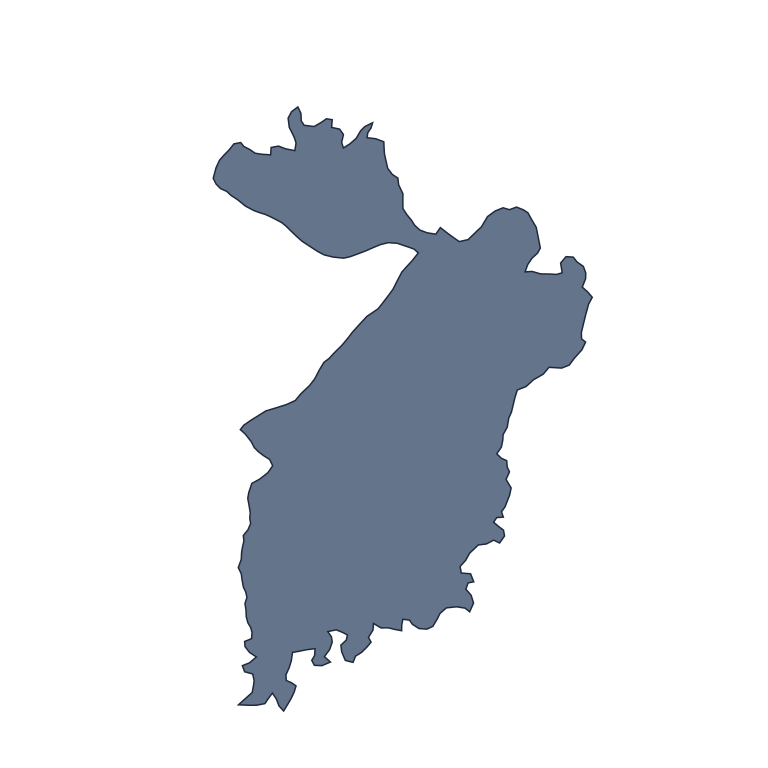 the district of Ibiaçá, Rio Grande do Sul, Brazil, rotated 255°
{"feature_id": "56859067B35594515924132", "entity_name": "Ibiaçá", "entity_type": "district", "adm_level": 2, "iso_a3": "BRA", "parent_name": "Brazil", "parent_adm1": "Rio Grande do Sul", "projection": "robinson", "projection_center": [-51.78, -28.103], "detail": "fine", "context": "isolated", "style": "filled", "palette": "slate", "viewbox_px": 768, "rotation_deg": 255, "n_neighbors": 0, "source": "geoboundaries", "source_scale": "gbopen_adm2", "svg_char_len": 4046}
<svg xmlns="http://www.w3.org/2000/svg" viewBox="0 0 768 768"><g transform="rotate(255 384 384)"><path d="M520.5,478.9L515.3,472.8L518.9,464.8L523.4,458.5L529.4,454.7L535.2,452.9L541.7,449.9L548.6,447.7L554.9,449.3L562.9,451.5L572.6,449.7L579.3,450.7L584.2,446.3L591.3,443.4L599.4,443.7L606.2,444.0L611.2,445.0L618.0,446.5L623.0,439.6L626.3,431.4L630.9,433.4L634.6,437.7L639.3,440.6L637.6,432.0L634.7,427.0L628.5,420.7L624.9,413.5L622.5,405.9L628.2,405.6L635.5,409.4L641.7,407.1L645.4,399.8L652.7,402.4L655.1,397.0L653.0,391.4L650.8,383.1L654.6,373.8L659.6,372.2L666.9,373.8L673.9,372.5L671.0,365.2L665.6,360.2L656.4,358.9L650.3,360.2L644.8,361.2L639.5,361.4L632.5,358.3L636.6,349.9L641.1,343.7L641.7,336.2L634.7,333.8L637.6,325.3L640.3,319.2L645.2,315.1L649.7,310.1L654.3,308.1L654.8,301.2L650.2,295.0L646.5,288.7L642.8,283.1L636.3,277.7L626.9,272.3L620.5,273.6L615.0,276.7L610.7,282.0L605.7,285.1L600.0,290.2L591.7,296.2L585.2,303.2L581.5,308.5L578.3,313.5L574.7,317.9L570.9,322.1L566.6,326.8L561.8,330.3L555.4,334.0L548.7,338.1L543.0,341.9L534.0,349.9L528.9,354.5L524.2,359.6L519.7,367.8L516.0,377.6L515.7,383.8L516.4,392.0L517.3,400.8L518.6,409.3L519.6,416.9L519.4,424.8L516.5,433.2L509.5,443.7L506.4,448.1L501.7,451.0L495.8,443.1L491.2,435.8L487.5,430.2L479.6,422.9L473.3,417.3L468.7,411.6L461.6,402.4L458.1,397.6L453.8,385.1L447.1,374.4L442.0,366.6L437.5,360.8L432.4,353.5L426.8,343.7L422.9,337.6L420.5,331.6L414.3,325.2L406.8,318.3L401.8,311.7L396.1,301.2L391.0,294.0L389.4,284.5L388.9,273.2L388.6,263.0L383.5,246.3L380.5,237.9L377.1,233.4L371.6,237.0L362.7,240.8L356.0,242.3L351.2,245.1L346.2,248.9L340.7,254.0L333.8,255.3L328.4,248.9L324.3,239.2L322.2,230.6L314.2,225.3L308.8,222.8L301.5,222.2L294.3,221.5L289.2,219.6L283.8,219.1L278.4,214.9L274.1,208.9L268.5,208.0L263.9,205.5L258.6,203.0L251.5,200.7L244.3,195.7L237.8,197.0L231.4,196.2L224.2,195.6L219.0,196.6L213.3,196.4L208.0,192.9L201.6,192.2L194.8,190.7L188.6,190.7L183.3,192.2L177.9,192.2L172.3,190.1L171.4,182.7L166.3,181.8L159.4,184.7L153.4,190.1L149.5,181.9L148.6,174.3L142.1,174.9L137.9,182.1L131.1,181.8L126.1,179.7L120.1,176.8L115.8,168.2L111.8,160.4L108.6,170.5L106.7,177.7L106.1,186.3L110.5,191.3L114.3,196.2L107.6,198.5L100.3,199.2L94.1,202.4L100.0,208.6L104.7,213.3L109.7,217.5L115.1,220.9L119.3,217.4L122.9,212.9L128.4,214.0L134.7,219.1L140.6,222.8L148.4,226.2L147.8,232.8L147.4,240.1L146.2,248.9L139.7,246.7L135.8,242.7L130.3,243.9L128.0,251.1L129.3,260.3L136.1,255.9L141.6,262.8L148.1,267.2L153.5,267.8L159.4,265.6L158.9,274.2L154.6,279.9L151.1,283.7L146.4,281.3L143.0,274.8L136.3,273.8L127.0,275.1L123.1,282.0L128.5,286.1L130.6,293.0L134.4,299.6L138.0,304.7L143.3,303.4L149.2,309.7L155.4,311.9L149.2,317.9L147.3,325.2L144.2,330.8L141.1,337.2L146.5,338.7L151.9,341.3L149.3,347.5L144.6,349.2L138.7,354.5L136.1,362.0L137.2,368.4L143.3,374.7L147.9,378.7L151.6,386.3L150.0,396.5L146.5,404.3L141.8,407.8L149.2,413.8L157.3,413.5L164.6,410.0L170.1,413.7L169.7,419.5L178.3,418.5L181.4,409.7L188.1,410.3L192.5,417.2L198.4,422.9L204.1,433.4L203.0,441.5L204.8,449.5L200.5,454.5L206.0,461.1L211.9,461.6L216.2,458.2L222.1,454.1L225.8,458.3L224.5,464.8L230.1,464.4L234.1,469.2L238.5,472.4L244.0,476.5L250.7,479.9L260.2,477.2L266.7,482.5L271.8,481.5L278.2,482.7L281.9,478.1L287.4,474.9L292.7,481.1L299.2,484.3L304.2,485.9L310.4,491.9L318.8,495.7L323.8,499.8L336.7,506.8L343.7,511.2L344.8,520.6L349.4,529.5L352.3,540.4L357.4,547.7L353.4,559.7L354.3,567.8L359.6,574.5L365.8,584.0L372.3,589.6L376.5,586.5L382.7,588.0L390.8,592.4L398.8,596.8L403.5,599.6L408.1,602.2L413.8,607.6L420.0,604.7L426.3,600.6L433.5,606.0L439.0,607.6L446.0,607.0L452.0,602.0L457.6,599.6L459.9,592.8L455.1,585.9L445.3,584.9L445.2,578.9L447.2,573.0L449.8,563.8L454.4,556.2L455.8,549.3L462.1,553.7L467.1,559.4L470.7,566.2L474.8,570.2L495.9,571.6L504.6,569.2L512.2,567.3L516.1,563.8L520.6,557.8L519.9,550.3L523.4,544.6L522.3,536.0L518.9,527.3L515.1,523.4L510.5,518.7L507.9,513.7L505.2,508.9L501.7,502.6L502.1,493.5L508.1,488.5L513.2,484.4L520.5,478.9Z" fill="#64748b" stroke="#1e293b" stroke-width="1.5"/></g></svg>